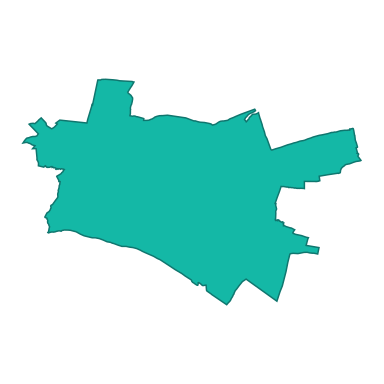 the district of Bacles, Mehedinti, Romania
{"feature_id": "2599482B78289781557705", "entity_name": "Bacles", "entity_type": "district", "adm_level": 2, "iso_a3": "ROU", "parent_name": "Romania", "parent_adm1": "Mehedinti", "projection": "equal_earth", "projection_center": [23.15, 44.465], "detail": "fine", "context": "isolated", "style": "filled", "palette": "teal", "viewbox_px": 384, "rotation_deg": 0, "n_neighbors": 0, "source": "geoboundaries", "source_scale": "gbopen_adm2", "svg_char_len": 5916}
<svg xmlns="http://www.w3.org/2000/svg" viewBox="0 0 384 384"><path d="M298.0,253.6L304.0,252.4L307.2,252.3L309.7,252.9L312.4,253.2L313.9,253.2L317.7,254.0L319.0,247.6L306.1,245.4L307.8,239.0L308.4,237.7L306.1,237.2L301.6,235.6L295.4,234.3L293.1,233.3L292.8,232.8L294.1,230.5L294.7,229.8L291.5,228.1L290.8,227.9L290.3,227.9L285.9,226.5L284.8,225.9L284.2,225.7L283.5,225.8L283.6,224.4L283.4,224.3L283.7,223.0L283.1,223.1L282.8,221.9L282.2,221.9L281.6,222.2L280.5,221.6L279.8,221.3L279.7,221.2L279.7,220.9L279.2,220.8L279.1,220.6L278.7,219.9L278.0,220.0L277.9,220.1L277.9,220.5L277.6,220.7L277.3,220.5L277.2,220.0L275.9,220.6L275.5,220.3L275.3,219.9L275.3,219.3L275.6,219.2L275.6,218.5L275.8,213.5L275.7,211.8L275.8,210.9L276.6,209.0L275.7,205.4L275.8,204.1L275.9,203.6L275.1,203.5L277.1,197.7L279.5,191.3L281.1,186.4L282.3,186.6L283.5,186.5L287.0,187.1L287.9,187.0L288.8,187.6L290.0,187.4L291.9,187.7L292.4,187.6L294.7,188.1L295.3,187.9L295.7,188.1L297.2,188.4L297.9,188.3L299.4,188.4L300.5,188.3L303.3,188.4L304.4,188.6L304.4,181.4L316.9,181.5L318.9,181.1L319.0,180.8L319.8,180.7L319.2,176.2L328.0,174.7L338.0,173.2L338.3,173.4L340.0,172.9L340.3,172.5L340.6,170.2L341.3,168.5L342.4,167.2L344.5,165.7L345.3,164.8L346.4,164.4L349.6,163.8L353.5,162.3L356.0,161.5L359.4,161.0L360.6,160.7L361.0,160.4L357.9,156.3L358.0,155.7L358.6,154.5L358.6,154.0L358.3,153.7L357.4,153.5L357.1,153.3L357.6,152.9L357.4,152.6L356.1,147.8L357.4,147.3L357.5,147.0L356.4,143.1L355.3,140.2L354.8,135.6L354.6,135.6L353.8,130.8L353.4,129.1L353.2,128.6L352.8,128.4L351.0,128.9L349.7,129.0L349.7,130.2L348.1,130.0L347.8,130.3L344.5,130.3L340.3,130.8L336.0,132.1L334.1,132.1L333.5,132.4L331.4,132.5L328.0,133.6L321.9,134.9L319.3,135.3L313.2,137.0L310.7,138.0L307.8,138.9L304.7,140.2L303.1,140.6L300.1,141.1L296.3,142.4L293.6,143.0L291.7,143.7L287.4,144.9L280.9,147.3L275.6,148.8L272.1,150.0L271.5,150.0L271.0,149.6L270.6,148.8L266.9,138.5L265.3,135.6L264.7,133.0L264.6,132.8L264.5,132.1L262.6,126.7L262.1,124.5L260.7,120.3L260.5,119.5L260.0,118.4L258.6,113.4L258.5,112.7L257.0,113.6L255.6,114.1L254.9,114.2L253.2,114.2L252.4,114.5L251.2,115.8L250.8,116.4L249.4,117.4L248.9,119.0L248.2,119.5L247.3,120.7L246.2,121.8L245.5,120.6L244.5,119.7L245.6,117.6L246.7,116.6L247.7,115.3L248.8,114.3L249.5,113.8L254.3,111.6L254.3,111.4L255.3,110.9L255.5,110.7L255.5,110.4L254.7,109.2L241.3,114.1L236.0,116.3L233.2,117.6L230.0,118.8L227.7,120.3L223.6,121.0L222.4,121.0L220.4,121.3L218.9,122.0L215.8,124.1L215.0,124.4L212.5,125.1L211.1,124.0L209.5,123.5L204.4,122.5L200.1,122.2L197.9,121.7L195.3,120.9L193.8,120.9L185.8,117.9L167.5,115.2L162.8,115.6L159.6,115.7L158.7,115.9L157.0,116.3L155.1,117.0L154.5,117.3L154.3,117.6L152.0,119.0L151.2,119.2L148.9,120.2L146.8,120.4L143.6,120.4L143.8,118.6L142.6,118.2L137.6,116.8L136.1,116.6L135.4,116.2L134.5,116.0L133.4,116.0L132.6,116.3L129.9,115.7L130.4,113.4L130.4,110.2L130.6,109.3L130.4,108.9L130.4,107.8L130.9,105.5L131.5,104.5L132.2,101.7L132.6,99.3L132.6,97.9L130.9,95.3L128.3,93.2L128.1,92.9L127.8,92.1L130.5,87.7L131.7,86.0L133.9,82.2L133.9,81.9L133.1,82.0L132.2,81.5L119.9,80.8L116.8,80.2L113.0,79.8L105.7,79.3L102.2,79.4L101.5,79.5L100.2,80.1L99.1,79.9L97.8,80.0L92.6,104.6L92.2,104.2L92.0,104.5L91.8,105.4L91.9,105.5L87.7,119.5L86.9,123.0L59.8,120.1L55.8,123.1L57.3,124.0L55.0,126.5L53.9,127.5L51.9,128.7L51.5,128.7L47.4,126.2L46.8,125.7L46.4,125.0L46.0,123.1L45.0,121.9L41.2,117.9L38.7,120.0L37.8,121.1L35.0,123.6L33.0,123.3L30.4,123.6L29.1,124.2L30.2,125.4L33.9,129.2L38.3,133.8L36.9,135.9L35.1,136.5L32.8,136.5L30.6,137.0L28.9,137.7L26.9,138.1L25.8,139.1L24.3,141.0L23.0,143.0L25.5,142.5L27.3,142.4L28.3,143.0L30.3,143.6L32.2,144.9L35.0,145.7L32.6,148.7L35.1,148.6L36.1,148.7L37.0,158.0L37.1,159.0L36.9,159.1L36.9,159.3L37.3,160.5L37.9,161.2L38.5,163.1L38.4,165.8L43.7,167.1L43.9,166.8L44.8,166.5L44.9,166.0L45.4,165.8L46.7,167.2L47.2,167.2L47.3,167.4L49.5,167.3L50.1,167.1L51.0,166.6L52.0,166.6L52.0,166.9L52.3,167.1L52.2,167.4L53.2,167.3L53.8,167.6L54.0,167.9L54.4,167.7L55.5,167.9L56.0,168.4L55.9,168.5L56.0,168.8L55.8,169.2L56.1,169.4L56.5,169.1L56.9,168.7L57.1,168.6L57.8,168.8L57.8,169.2L58.0,169.3L58.7,168.7L59.9,168.8L60.4,169.3L61.5,168.7L62.1,169.0L62.9,169.0L63.1,169.2L63.8,169.2L64.3,169.6L63.3,170.5L63.2,171.3L62.8,171.8L61.8,172.6L61.1,173.6L60.4,174.1L56.8,176.2L56.7,176.4L58.6,180.0L59.0,181.2L58.9,181.5L60.1,181.6L59.7,184.7L59.3,185.3L59.0,187.9L58.2,190.4L58.4,192.0L58.0,192.8L57.7,194.1L57.9,196.9L57.2,198.2L55.6,200.2L52.4,204.7L51.7,204.9L51.1,205.3L50.7,206.0L51.0,207.5L51.0,208.0L50.6,208.6L50.2,209.9L49.0,211.6L47.0,212.9L44.9,216.9L44.9,217.2L45.3,217.6L45.8,217.7L47.0,218.3L47.0,219.1L47.7,220.2L47.8,220.9L47.7,221.1L47.7,221.6L47.5,221.9L47.9,223.3L48.7,224.3L49.0,225.6L49.6,226.8L49.1,228.4L49.0,229.7L48.8,229.9L48.7,230.6L48.7,231.7L47.9,232.3L47.8,232.5L48.5,232.9L51.0,232.1L52.2,232.0L53.3,232.1L54.9,231.9L56.4,231.4L58.5,230.9L59.3,230.8L61.2,231.2L62.0,230.5L64.5,230.0L68.4,230.1L70.5,230.3L76.2,231.8L80.3,234.1L84.1,235.8L91.4,237.6L92.5,237.8L95.4,237.8L99.4,238.6L103.1,240.0L107.1,241.8L110.4,242.3L112.1,243.1L114.0,243.6L118.2,245.2L120.8,246.0L121.9,246.4L126.2,246.4L129.3,247.1L133.1,247.6L136.8,248.6L140.6,250.3L142.1,251.2L144.9,252.5L153.6,256.3L157.4,258.5L160.1,259.7L175.3,269.7L181.9,273.6L185.4,276.2L191.1,279.8L191.5,280.3L191.8,281.3L192.6,282.3L194.1,283.2L194.4,283.5L196.5,284.9L197.3,285.3L197.8,285.2L198.3,283.3L198.2,282.7L198.6,282.6L199.3,282.9L200.5,283.7L202.2,285.3L202.9,285.6L203.9,285.5L205.0,285.2L206.1,285.2L206.5,290.2L206.9,291.0L211.2,294.0L211.7,294.5L226.7,304.7L228.1,303.0L229.9,301.2L230.4,300.4L230.8,299.8L231.2,298.7L232.5,296.7L233.3,294.8L233.9,294.1L234.0,293.8L234.1,293.1L235.4,290.4L236.3,289.5L239.1,285.7L242.4,281.6L246.1,279.1L276.9,301.2L280.0,291.7L282.3,286.0L286.0,271.6L287.9,262.0L289.9,254.1L290.5,253.7L293.0,253.3L298.0,253.6Z" fill="#14b8a6" stroke="#0f766e" stroke-width="1.5"/></svg>